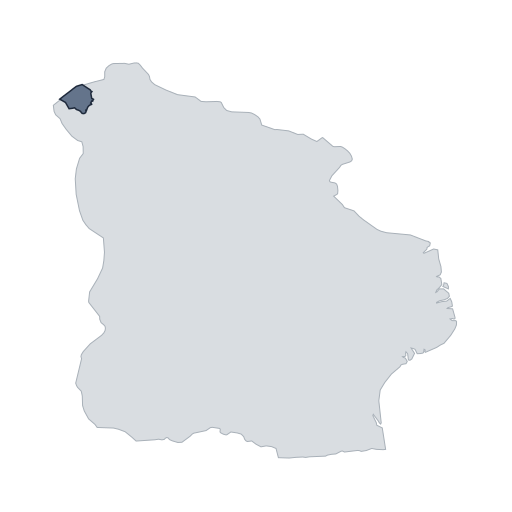 Kukawa, Borno, Nigeria (highlighted), rotated 264°
{"feature_id": "59680162B26946733152657", "entity_name": "Kukawa", "entity_type": "district", "adm_level": 2, "iso_a3": "NGA", "parent_name": "Nigeria", "parent_adm1": "Borno", "projection": "natural_earth1", "projection_center": [13.658, 13.111], "detail": "fine", "context": "in_parent", "style": "filled", "palette": "slate", "viewbox_px": 512, "rotation_deg": 264, "n_neighbors": 0, "source": "geoboundaries", "source_scale": "gbopen_adm2", "svg_char_len": 4407}
<svg xmlns="http://www.w3.org/2000/svg" viewBox="0 0 512 512"><g transform="rotate(264 256 256)"><path d="M427.1,70.2L442.9,95.3L446.2,114.0L447.5,123.2L450.1,124.3L455.0,124.8L458.5,126.7L460.7,129.7L462.0,132.6L462.3,134.3L461.3,145.5L460.0,149.6L460.7,155.1L460.5,157.4L460.0,159.1L457.8,160.9L454.8,162.7L447.7,168.1L445.6,168.8L442.7,169.0L440.1,170.3L437.0,173.2L430.4,183.9L424.7,194.7L420.5,212.1L415.5,217.5L414.6,222.4L413.8,233.2L413.1,236.5L412.3,237.5L406.9,239.5L403.8,242.0L401.9,246.9L399.5,263.7L398.7,266.4L396.9,269.3L394.2,272.5L391.8,274.2L385.6,275.4L379.7,287.9L379.6,290.1L377.0,301.6L372.5,310.2L372.2,315.7L366.5,323.3L363.5,328.5L366.6,333.9L366.8,334.7L357.1,343.8L356.5,345.2L356.1,351.5L355.3,353.2L353.5,355.5L350.9,358.1L348.2,360.1L345.2,361.4L342.3,361.9L340.7,361.1L339.7,359.2L338.1,351.5L337.3,349.9L335.4,348.4L327.9,339.9L323.4,336.9L322.4,337.1L321.7,337.9L320.4,342.2L319.1,343.7L316.7,344.3L312.5,344.3L309.5,343.7L308.8,342.9L307.4,339.5L298.1,347.3L294.8,349.0L290.6,358.2L284.7,362.7L280.7,366.7L269.8,379.1L267.6,382.8L265.5,388.3L260.8,411.7L253.3,426.3L252.3,429.4L251.8,429.3L250.8,430.7L248.0,429.8L246.7,427.1L244.9,426.6L241.8,422.7L241.1,423.3L244.4,433.4L243.1,437.4L234.0,437.4L226.1,438.8L220.7,438.7L218.0,437.2L216.8,433.4L216.3,433.8L216.0,435.9L214.3,437.5L208.2,437.8L205.5,435.2L203.4,432.3L201.0,431.0L201.4,432.2L204.1,435.0L203.7,439.1L198.8,443.8L195.7,444.1L193.8,442.0L192.8,438.7L192.3,433.8L191.0,430.7L190.3,430.7L191.2,436.0L191.2,440.9L193.5,444.7L189.9,445.9L185.6,446.1L185.1,444.7L184.6,441.5L183.8,440.6L182.9,446.0L174.1,447.5L172.9,447.3L172.6,446.3L173.3,444.8L173.1,442.4L171.2,444.3L170.8,448.0L169.7,448.6L166.4,448.1L162.7,446.1L156.8,441.4L149.5,433.8L148.3,430.3L146.2,426.1L142.5,414.4L143.2,413.9L144.8,414.5L145.7,413.4L142.6,412.6L142.0,411.8L141.8,409.2L142.0,406.1L146.6,404.4L147.6,402.5L148.3,400.6L142.6,403.5L137.3,400.2L136.2,398.2L136.7,396.7L142.9,396.6L145.1,395.1L143.7,394.6L141.4,394.6L140.5,393.6L140.6,391.2L139.9,391.8L138.8,393.9L135.3,395.4L133.2,393.9L133.0,390.4L132.5,388.8L130.8,387.6L124.5,378.4L116.7,370.8L109.7,365.5L99.2,363.0L77.0,363.1L75.8,362.4L77.2,361.2L79.1,360.4L86.3,356.1L85.1,355.5L77.7,358.2L75.1,358.4L71.8,363.6L50.1,364.7L50.1,362.3L51.1,355.6L52.5,351.0L51.0,345.3L50.7,340.2L51.6,338.6L52.0,336.7L51.8,323.5L53.0,321.6L53.0,320.3L50.8,314.7L50.9,310.4L50.5,306.2L49.7,304.3L50.7,288.3L50.5,284.3L51.2,281.5L51.6,274.6L51.6,267.9L53.1,257.2L62.5,255.8L64.8,251.6L66.1,246.3L65.7,241.0L68.8,236.4L72.5,232.4L72.4,227.9L73.4,226.5L75.1,225.5L77.6,224.9L80.4,222.7L82.0,218.8L83.6,212.6L81.2,208.2L81.3,207.2L82.2,204.9L83.7,202.6L84.8,201.8L87.5,202.4L88.4,201.5L90.2,194.6L90.1,192.7L87.6,188.1L86.3,175.6L85.6,174.0L83.7,171.7L78.5,162.9L78.7,158.8L80.9,153.5L82.4,150.9L84.4,149.4L84.8,148.2L84.2,146.7L83.2,145.6L83.0,143.2L84.0,139.9L83.8,136.2L84.5,117.4L88.7,113.7L94.9,107.5L98.1,101.1L99.8,96.3L102.1,80.1L105.3,78.3L111.5,72.5L119.9,69.0L125.4,67.9L134.9,68.6L139.8,68.1L143.9,64.9L145.8,64.0L148.4,63.4L172.1,71.8L174.3,71.4L176.1,72.0L179.0,74.2L186.0,82.0L193.3,94.2L195.5,96.7L197.8,98.2L200.1,98.7L201.9,98.5L203.6,97.3L205.9,95.0L209.4,94.0L212.3,94.2L227.2,84.9L228.6,84.8L237.7,86.8L250.0,96.1L260.1,102.2L267.3,104.2L275.6,105.7L289.9,106.1L300.7,93.0L304.7,90.2L309.5,87.6L319.5,85.2L336.1,83.6L351.7,84.3L361.4,86.5L371.6,90.8L376.0,94.9L382.9,95.5L387.8,94.7L389.5,90.7L394.4,85.4L401.9,80.4L408.0,77.0L413.0,75.5L417.4,71.5L421.0,70.3L427.1,70.2ZM208.8,443.0L205.4,444.2L203.2,443.9L206.2,438.6L207.8,439.7L209.7,440.2L208.8,443.0Z" fill="#d9dde1" stroke="#a8b0b8" stroke-width="1"/><path d="M444.7,101.0L444.4,99.7L444.2,98.5L443.7,96.0L443.5,95.1L442.6,93.6L441.0,90.9L440.3,89.9L438.7,87.3L435.2,81.5L433.6,79.0L432.5,77.2L428.6,82.6L422.0,85.5L422.1,89.1L422.4,91.1L421.2,92.0L420.1,93.3L419.9,93.9L419.5,94.8L418.2,96.6L416.9,97.3L416.0,98.0L415.7,99.1L415.6,99.8L416.3,101.5L417.8,102.2L418.4,101.9L418.9,102.1L418.6,102.7L420.9,103.8L422.1,104.6L423.3,106.1L423.8,107.8L424.0,108.4L424.6,108.3L424.8,108.1L425.2,107.6L425.4,107.5L426.2,108.2L427.0,108.5L427.2,109.3L427.3,109.3L427.1,109.7L427.6,109.8L428.1,110.3L428.8,110.8L429.2,110.3L429.6,109.7L429.8,109.1L435.0,108.7L435.7,109.0L436.1,109.5L436.7,110.0L437.3,109.0L437.9,108.8L438.7,108.4L440.5,106.1L441.5,104.9L444.7,101.0Z" fill="#64748b" stroke="#1e293b" stroke-width="1.5"/></g></svg>